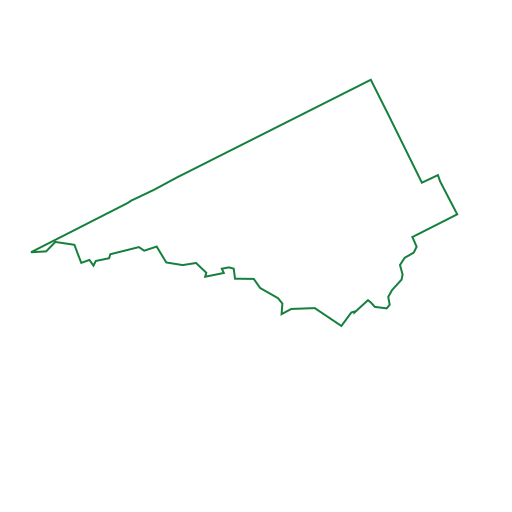 Thurston, Washington, United States of America, rotated 153°
{"feature_id": "52423323B46742889788389", "entity_name": "Thurston", "entity_type": "district", "adm_level": 2, "iso_a3": "USA", "parent_name": "United States of America", "parent_adm1": "Washington", "projection": "robinson", "projection_center": [-122.739, 46.976], "detail": "fine", "context": "isolated", "style": "outline", "palette": "green", "viewbox_px": 512, "rotation_deg": 153, "n_neighbors": 0, "source": "geoboundaries", "source_scale": "gbopen_adm2", "svg_char_len": 913}
<svg xmlns="http://www.w3.org/2000/svg" viewBox="0 0 512 512"><g transform="rotate(153 256 256)"><path d="M57.8,201.8L58.1,238.8L57.2,245.5L74.9,246.0L73.9,324.6L73.9,329.7L73.8,346.5L73.7,360.9L290.6,361.9L316.9,361.3L342.0,362.0L346.1,361.5L454.8,361.5L440.9,355.4L428.4,359.6L412.7,348.4L413.7,340.0L414.8,329.2L406.2,328.1L405.2,321.2L401.0,324.3L387.9,320.7L385.0,323.7L356.3,317.1L353.2,311.5L340.2,309.5L338.9,291.0L325.5,281.2L312.6,277.0L307.9,263.7L310.7,260.6L292.4,255.5L292.2,260.2L285.2,258.1L281.6,254.8L285.0,245.3L268.4,236.6L266.8,225.5L255.5,208.4L254.1,201.6L259.6,192.6L248.6,192.8L227.3,182.9L211.7,154.9L196.7,162.4L193.6,161.8L194.0,160.9L176.3,165.8L174.7,162.2L173.2,156.7L163.3,150.0L159.0,151.9L156.7,159.6L150.2,163.9L137.0,168.9L133.8,172.9L131.8,182.6L124.4,186.9L113.9,187.4L108.7,191.3L108.2,198.9L108.1,201.9L57.8,201.8Z" fill="none" stroke="#15803d" stroke-width="2"/></g></svg>